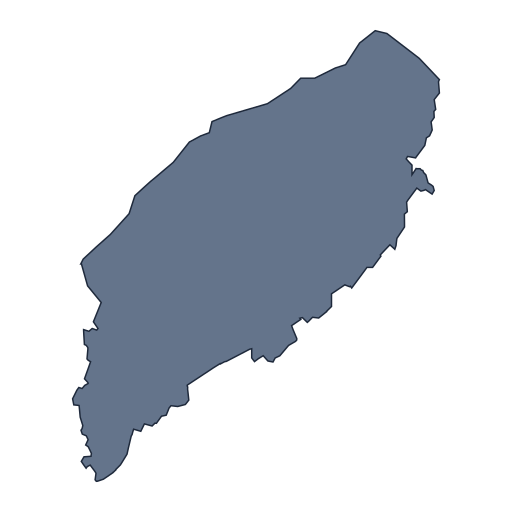 the district of Gounwolaila, Gbapolu, Liberia
{"feature_id": "62588387B55137864763124", "entity_name": "Gounwolaila", "entity_type": "district", "adm_level": 2, "iso_a3": "LBR", "parent_name": "Liberia", "parent_adm1": "Gbapolu", "projection": "equal_earth", "projection_center": [-9.957, 7.206], "detail": "fine", "context": "isolated", "style": "filled", "palette": "slate", "viewbox_px": 512, "rotation_deg": 0, "n_neighbors": 0, "source": "geoboundaries", "source_scale": "gbopen_adm2", "svg_char_len": 3177}
<svg xmlns="http://www.w3.org/2000/svg" viewBox="0 0 512 512"><path d="M221.2,117.8L212.0,121.6L209.3,132.7L200.7,135.9L189.4,142.0L183.6,149.3L173.3,162.3L170.0,165.1L154.5,178.2L150.7,181.3L143.5,187.8L134.9,195.7L129.1,213.7L110.3,234.5L108.6,236.0L96.2,247.0L83.2,259.1L80.8,263.9L81.4,263.8L87.6,285.9L89.1,287.7L101.2,302.5L100.8,303.5L93.4,321.8L98.0,328.5L96.7,330.1L92.2,328.5L88.9,331.3L83.6,329.6L83.6,330.5L83.8,334.3L84.4,344.5L86.2,345.3L87.8,347.5L87.9,348.8L87.4,354.4L87.0,358.9L88.0,360.1L88.9,360.7L90.6,361.7L90.2,362.8L88.7,367.1L84.5,378.8L86.9,381.4L87.9,382.5L88.1,383.5L85.1,385.2L84.8,385.3L82.3,388.3L82.1,388.5L78.8,387.5L77.8,388.9L76.8,390.3L72.6,398.8L73.8,404.9L75.9,405.1L77.8,405.3L79.1,405.5L79.6,410.7L80.2,417.2L82.8,425.5L82.1,428.6L81.0,430.2L81.2,430.8L81.4,431.5L81.8,432.7L82.3,434.1L86.3,435.8L87.8,439.0L88.1,439.7L85.7,445.0L88.2,446.7L89.2,448.7L91.0,452.5L91.4,453.3L91.0,456.3L84.0,456.8L81.3,461.4L83.4,464.5L86.1,468.2L87.2,466.7L88.2,466.1L90.2,465.1L95.1,471.7L95.6,472.6L96.0,473.3L95.1,479.8L96.3,481.3L97.5,481.2L103.4,479.2L112.3,473.1L112.9,472.5L113.0,472.6L115.9,469.8L115.8,469.5L120.4,464.9L123.2,460.4L127.0,454.2L128.4,447.9L131.2,436.1L132.1,434.5L132.7,432.2L133.6,429.2L136.4,430.0L140.8,431.3L142.2,428.4L144.4,423.9L152.1,426.0L154.9,423.2L156.4,423.3L161.5,416.2L165.3,415.4L166.2,415.2L168.3,410.0L168.4,409.7L169.0,408.1L171.0,405.7L177.7,406.5L185.3,404.5L186.0,403.7L188.8,400.1L188.0,392.6L187.6,389.2L187.7,387.0L187.3,386.2L187.2,385.2L187.9,384.7L212.5,368.4L213.9,367.5L220.1,363.6L220.3,364.0L224.6,361.7L226.3,361.4L236.1,356.3L249.5,349.3L251.7,348.7L251.7,356.3L251.7,357.9L254.5,361.6L257.0,359.7L258.3,358.7L263.2,355.7L267.9,361.0L269.0,361.2L269.3,361.3L273.0,362.0L275.0,358.3L275.1,358.0L279.8,355.8L288.6,345.4L292.2,343.3L295.5,341.4L296.7,340.1L296.8,338.6L293.0,329.5L292.3,327.6L291.6,325.6L300.8,319.4L299.8,318.2L302.4,317.6L307.3,322.4L308.7,321.2L312.5,317.3L318.7,318.0L324.9,313.0L326.7,311.6L326.6,311.3L331.5,306.5L331.5,293.8L340.0,288.1L344.9,284.8L345.4,285.1L349.6,286.7L350.3,286.2L351.7,288.0L356.7,281.3L365.3,269.7L366.3,268.3L366.9,267.4L372.6,267.4L380.5,256.7L380.9,256.2L380.3,254.9L387.5,247.3L389.9,244.8L392.2,246.9L394.1,248.6L394.8,249.3L396.0,245.7L396.7,239.8L396.9,238.4L397.3,237.8L404.5,227.0L404.5,223.1L404.4,214.1L407.3,211.7L407.2,210.1L406.6,202.1L408.2,199.7L416.1,189.1L416.8,188.1L420.9,191.1L423.8,190.4L425.6,189.6L425.9,189.9L430.0,192.7L432.1,194.1L434.2,190.5L433.1,186.4L431.4,185.0L428.1,182.9L427.8,181.9L425.9,174.9L423.6,172.5L422.8,170.5L421.4,170.1L420.1,168.7L416.8,168.7L416.1,168.5L414.8,170.6L412.0,174.7L412.0,173.4L412.0,165.1L408.8,161.8L406.2,158.9L407.5,156.5L409.1,156.7L415.6,157.9L415.8,157.5L424.8,145.4L425.6,141.6L426.4,137.8L429.0,136.2L429.6,135.8L430.6,133.5L430.8,133.2L432.2,130.0L431.6,125.4L431.1,121.9L432.1,120.5L434.2,117.5L433.9,111.4L435.7,109.4L434.2,99.6L439.4,93.0L438.5,81.8L439.0,80.4L439.4,79.6L419.2,58.3L386.9,33.5L375.2,30.7L359.6,43.0L345.6,64.7L335.3,68.0L314.7,78.2L300.7,78.2L290.7,88.4L280.7,95.0L267.4,103.7L226.8,115.6L221.2,117.8Z" fill="#64748b" stroke="#1e293b" stroke-width="1.5"/></svg>